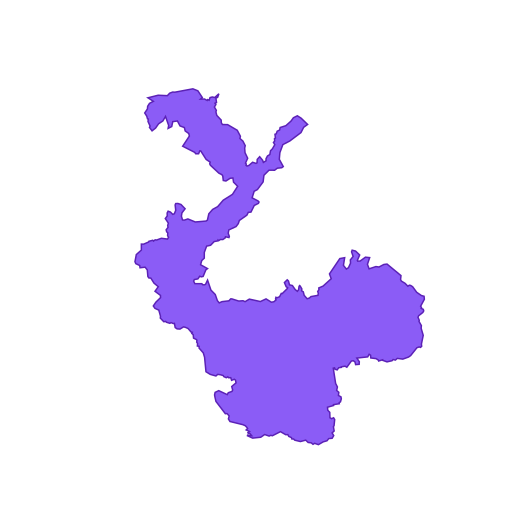 Piaxtla, Puebla, Mexico, rotated 143°
{"feature_id": "50627088B9303595421400", "entity_name": "Piaxtla", "entity_type": "district", "adm_level": 2, "iso_a3": "MEX", "parent_name": "Mexico", "parent_adm1": "Puebla", "projection": "orthographic", "projection_center": [-98.274, 18.085], "detail": "fine", "context": "isolated", "style": "filled", "palette": "violet", "viewbox_px": 512, "rotation_deg": 143, "n_neighbors": 0, "source": "geoboundaries", "source_scale": "gbopen_adm2", "svg_char_len": 6113}
<svg xmlns="http://www.w3.org/2000/svg" viewBox="0 0 512 512"><g transform="rotate(143 256 256)"><path d="M254.2,438.8L258.8,437.2L259.1,433.4L260.1,430.9L259.6,430.2L261.3,428.4L262.4,423.5L263.7,422.8L263.7,418.5L259.2,418.6L254.3,420.2L249.1,419.9L244.3,421.9L247.2,412.8L249.4,410.8L245.4,410.1L241.6,413.4L237.5,411.1L238.4,405.6L235.9,401.7L237.3,398.5L236.0,394.3L237.0,391.9L248.5,387.8L242.6,375.7L242.6,373.9L240.3,372.2L237.6,373.8L236.9,373.2L237.7,363.1L236.1,358.5L237.5,357.5L237.8,355.9L235.8,344.5L234.3,341.5L234.4,339.9L236.7,336.0L234.9,334.0L229.8,333.6L227.5,332.2L229.5,328.5L228.7,322.7L237.7,319.4L248.6,320.3L256.9,318.5L262.6,319.3L268.3,318.1L273.2,313.9L274.9,314.0L284.0,319.7L288.1,326.6L291.7,327.8L293.0,329.0L291.6,332.7L289.2,335.0L284.2,336.4L284.9,342.3L286.8,345.0L288.6,346.2L289.9,345.4L292.6,340.8L295.8,338.9L297.4,339.3L297.9,342.6L299.2,344.7L301.1,343.8L302.8,341.4L305.9,340.5L306.2,335.0L308.2,333.5L309.0,331.8L312.0,331.0L312.8,329.1L312.5,327.6L314.4,325.4L314.5,323.6L316.5,322.8L320.9,327.1L325.8,328.6L326.8,329.6L328.9,329.6L329.0,330.7L332.7,332.2L333.3,331.8L338.6,333.1L340.4,334.5L344.0,329.7L350.7,329.2L356.1,324.3L356.6,322.2L354.6,318.4L355.7,316.4L351.3,313.8L351.2,310.3L354.7,304.7L354.8,303.0L353.3,301.6L353.8,295.7L352.5,290.3L357.9,288.6L356.0,282.0L357.3,280.2L363.7,279.4L368.1,277.9L368.2,275.0L366.2,271.3L368.5,265.4L369.8,264.0L369.2,259.0L367.5,258.1L367.4,257.0L365.3,254.1L363.9,253.9L362.7,251.8L361.7,251.3L363.6,247.5L362.9,245.3L360.7,243.4L356.5,243.0L355.3,241.5L353.9,239.0L353.6,234.3L352.8,233.4L353.9,232.8L353.5,231.0L355.3,228.0L353.8,225.0L354.1,224.0L355.2,222.9L355.3,221.3L357.0,219.4L355.8,218.1L356.9,216.6L356.4,210.4L358.0,206.1L365.6,193.7L363.8,189.0L360.2,184.3L357.8,184.5L355.8,182.5L354.1,180.2L354.3,179.1L353.0,176.7L351.2,176.5L351.2,175.3L349.4,174.0L350.3,171.4L347.5,170.6L347.1,169.2L348.3,166.7L353.9,166.4L355.3,163.0L356.7,162.3L360.4,163.5L362.4,162.6L366.8,170.9L370.7,171.7L372.7,170.0L373.8,167.8L375.5,164.0L375.4,148.5L373.9,147.5L373.7,144.4L376.1,142.5L376.4,139.5L368.0,129.2L366.7,126.9L366.4,124.4L366.6,123.2L368.5,123.0L366.8,119.8L368.8,119.8L368.9,119.0L367.7,118.0L367.6,115.2L370.5,118.0L371.0,117.6L368.3,112.6L361.3,108.4L356.5,108.2L353.9,104.3L352.1,103.9L351.1,102.6L342.2,101.0L339.8,95.4L338.1,94.2L338.4,92.2L337.0,89.7L337.5,88.3L336.1,87.2L335.9,85.6L332.2,81.1L327.1,79.0L326.6,75.7L324.3,73.5L323.8,71.3L321.9,71.1L319.7,67.8L314.1,67.1L310.5,65.7L307.8,66.4L304.9,64.6L302.0,65.8L301.7,68.9L298.9,69.2L296.9,73.1L295.8,73.5L291.6,78.0L291.4,80.1L293.5,80.6L294.3,82.3L291.2,86.7L291.5,89.6L289.9,92.2L284.0,89.9L283.6,90.7L278.4,87.9L277.9,88.8L276.3,88.7L273.8,90.6L272.9,92.4L274.1,95.0L271.9,97.3L272.5,100.1L269.8,102.4L269.1,106.3L261.8,119.9L260.6,119.4L261.0,117.9L259.7,116.2L257.2,117.0L254.9,115.7L254.3,116.7L254.6,116.2L251.2,114.4L250.4,112.5L243.1,114.7L241.3,113.8L240.7,111.8L241.8,109.3L238.8,107.4L237.1,109.4L236.9,113.8L227.5,108.2L224.8,109.4L224.2,107.8L225.7,105.5L221.8,101.7L220.9,99.0L221.2,98.3L217.3,96.9L217.6,96.4L215.1,92.6L210.4,90.5L208.8,90.8L207.3,89.0L204.8,89.2L200.8,85.3L195.0,83.5L192.4,83.4L182.7,85.9L180.4,85.2L179.6,84.0L178.0,84.2L176.9,86.1L170.2,92.0L167.6,98.9L165.8,100.9L165.2,105.6L164.3,106.4L163.5,109.6L162.1,110.4L156.7,110.5L155.1,111.2L154.5,112.7L155.6,114.8L154.8,115.3L154.8,116.8L147.6,120.1L146.0,122.7L147.7,124.9L149.5,130.3L149.4,137.2L150.2,139.4L151.1,140.4L152.9,140.5L153.4,144.5L155.0,148.5L154.7,150.2L152.0,153.1L156.2,170.7L159.0,172.3L164.4,173.2L166.6,175.4L173.4,177.7L172.0,182.3L166.2,186.3L169.3,189.2L175.9,189.3L177.9,190.7L177.7,191.5L172.6,194.4L173.5,200.0L175.7,202.8L177.2,201.8L178.7,197.2L183.0,196.1L184.8,193.4L189.2,191.0L191.7,191.2L191.8,195.9L186.2,201.3L190.6,203.5L208.1,197.5L209.6,192.6L220.5,191.6L225.1,192.7L225.9,191.3L228.1,190.5L228.6,188.8L230.2,187.3L236.5,190.5L238.7,190.3L240.9,191.1L241.2,195.6L239.8,198.9L240.5,200.8L239.2,202.1L238.8,205.3L238.9,206.1L239.8,205.9L242.4,203.4L244.2,202.9L244.9,205.6L244.7,210.5L246.6,212.8L245.1,216.5L245.4,218.2L249.3,217.7L250.4,213.3L249.8,211.6L250.4,211.2L257.6,210.2L258.3,210.9L261.7,209.3L264.4,210.0L264.9,211.0L266.2,210.0L266.4,208.9L269.2,208.7L271.5,209.8L273.8,215.7L279.9,217.0L287.3,225.6L292.2,226.1L293.3,228.1L296.9,230.4L301.1,236.3L302.0,237.0L304.6,236.5L310.6,240.0L313.6,240.7L313.7,243.6L311.7,249.8L312.5,255.9L309.2,265.9L313.4,263.7L314.7,264.1L315.9,265.2L315.9,266.5L321.5,270.7L320.9,273.5L319.4,274.3L316.2,272.7L313.1,273.7L312.3,272.3L310.5,271.5L304.4,275.1L302.3,275.1L305.5,282.4L302.1,285.0L298.6,285.4L295.1,290.0L289.5,293.6L285.8,291.9L280.7,292.7L277.3,291.0L276.7,291.6L276.4,290.7L274.5,290.6L272.6,289.1L269.7,289.0L268.8,289.7L266.5,287.0L265.5,287.7L264.5,290.9L262.0,293.2L254.2,291.5L250.7,292.5L247.9,294.4L238.7,294.1L235.9,295.5L233.6,294.1L227.0,297.4L222.4,296.6L221.1,297.3L221.2,298.7L224.1,304.8L218.5,308.8L214.9,308.2L205.7,310.9L201.1,315.7L194.0,316.7L189.5,313.3L186.1,313.3L182.3,311.0L180.4,311.0L179.2,319.2L174.7,324.2L167.5,328.8L159.8,327.5L145.8,327.5L140.5,330.1L135.6,330.0L137.0,338.9L138.6,343.1L142.9,343.9L146.8,342.7L153.7,342.1L159.4,344.1L161.3,342.4L164.0,342.9L166.3,341.4L167.6,341.8L169.5,338.5L170.6,338.6L172.0,336.5L173.7,336.2L174.0,333.6L178.5,331.7L181.1,331.3L183.9,328.7L186.6,329.0L189.4,327.7L190.7,326.0L193.8,326.3L193.1,328.4L193.3,333.1L196.9,332.4L199.1,329.8L200.3,330.0L202.3,332.9L207.1,332.6L209.0,333.2L209.4,334.4L208.4,335.3L208.5,336.5L203.8,339.1L202.6,345.1L200.1,349.0L198.2,350.6L197.3,355.7L198.1,359.5L196.4,361.0L195.3,367.7L199.6,378.0L203.7,381.2L203.5,383.3L202.0,385.5L202.7,391.9L201.3,395.2L200.0,396.2L199.6,400.0L196.9,401.1L196.8,402.7L195.2,402.3L193.0,406.2L191.2,405.8L188.0,407.9L193.5,407.4L195.2,409.3L197.4,410.2L199.7,408.6L200.5,410.0L201.4,409.6L202.6,412.3L205.9,414.7L203.5,414.9L203.0,422.9L205.8,427.5L222.3,435.7L223.9,437.1L227.0,438.0L230.3,437.4L237.4,443.3L247.1,447.4L244.9,441.3L249.2,442.0L252.4,440.8L254.2,438.8Z" fill="#8b5cf6" stroke="#5b21b6" stroke-width="1.5"/></g></svg>